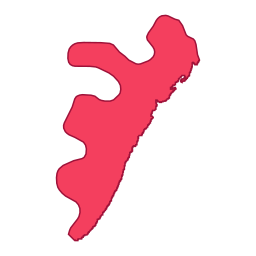 the district of Nigua, San Cristóbal, Dominican Republic
{"feature_id": "3306468B31162099816687", "entity_name": "Nigua", "entity_type": "district", "adm_level": 2, "iso_a3": "DOM", "parent_name": "Dominican Republic", "parent_adm1": "San Cristóbal", "projection": "mercator", "projection_center": [-70.067, 18.358], "detail": "fine", "context": "isolated", "style": "filled", "palette": "rose", "viewbox_px": 256, "rotation_deg": 0, "n_neighbors": 0, "source": "geoboundaries", "source_scale": "gbopen_adm2", "svg_char_len": 5807}
<svg xmlns="http://www.w3.org/2000/svg" viewBox="0 0 256 256"><path d="M178.8,20.3L174.9,19.2L168.2,16.0L165.8,15.4L161.8,15.8L159.6,16.9L157.7,18.6L156.2,20.6L153.2,26.3L148.5,32.8L146.9,36.3L146.8,37.5L147.4,39.9L152.9,46.9L154.2,49.3L154.7,51.9L154.3,54.6L153.2,56.8L150.5,59.5L148.3,60.9L140.5,63.9L138.2,64.2L135.9,63.8L128.8,60.1L124.9,56.3L119.4,52.1L113.4,45.0L109.8,43.4L100.9,42.7L83.7,42.5L77.7,42.9L74.8,43.8L72.6,45.1L70.7,46.9L69.2,49.1L68.1,53.1L67.9,58.4L68.7,62.2L70.2,64.4L72.5,65.7L75.1,66.2L89.8,66.3L95.7,66.9L98.3,67.8L108.9,72.9L113.6,76.2L118.5,81.6L120.4,85.4L120.8,89.4L120.1,93.1L118.8,95.0L113.6,99.9L110.1,101.1L105.0,101.1L101.3,100.4L99.1,99.5L94.9,96.2L91.0,95.2L82.4,94.7L79.7,95.1L77.2,96.1L76.1,96.9L74.8,98.9L72.2,107.1L64.3,123.0L63.6,125.4L63.7,128.1L65.3,131.6L67.1,133.4L69.1,134.8L75.0,137.4L83.5,142.1L85.6,145.2L86.4,148.9L86.0,154.0L84.2,157.3L82.1,158.6L73.7,160.7L63.2,165.4L59.3,168.7L57.9,170.9L57.0,173.5L56.5,177.7L56.8,183.3L57.9,187.4L59.4,189.9L62.2,193.2L65.5,196.0L75.9,201.8L78.4,204.7L79.9,208.4L80.0,212.5L79.0,216.5L77.6,219.0L70.7,227.9L69.6,230.4L68.5,234.3L74.3,240.1L75.1,240.1L75.1,240.6L77.8,240.6L77.8,239.5L78.3,239.5L78.3,238.9L81.6,238.9L81.6,237.8L82.1,237.8L82.1,237.2L83.2,237.2L83.2,236.1L83.7,236.1L83.7,235.5L84.8,235.5L84.8,234.9L87.0,234.9L87.5,233.8L88.1,233.8L88.1,232.6L88.6,232.6L88.6,232.1L89.2,232.1L89.2,231.5L90.2,230.9L90.2,230.4L90.8,230.4L91.3,229.2L91.9,229.2L91.9,228.6L92.4,228.6L92.4,228.1L92.9,228.1L92.9,226.9L93.5,226.9L93.5,226.4L94.6,226.4L94.6,225.8L95.1,225.8L95.1,225.2L95.7,225.2L95.7,223.5L96.2,223.5L96.2,222.9L96.7,222.9L96.7,221.8L97.3,221.8L97.3,219.5L98.4,219.5L98.4,218.9L99.5,218.9L99.5,218.4L100.0,218.4L100.0,217.2L100.5,217.2L100.5,216.1L101.1,216.1L101.6,214.9L102.7,214.9L102.7,212.6L103.3,212.6L103.3,212.1L103.8,212.1L103.8,211.5L104.3,211.5L104.9,210.4L105.4,210.4L105.4,209.2L106.0,209.2L106.0,208.7L106.5,208.7L106.5,207.5L107.0,207.5L107.0,206.4L107.6,206.4L107.6,205.8L108.1,205.8L108.1,205.2L108.7,205.2L108.7,204.6L109.2,204.6L109.2,203.5L109.8,203.5L109.8,201.8L110.3,201.8L110.3,201.2L110.8,201.2L110.8,200.7L111.4,200.7L111.4,198.4L111.9,198.4L111.9,197.2L112.5,197.2L112.5,196.1L113.0,196.1L113.0,195.5L113.6,195.5L113.6,193.8L114.1,193.8L114.1,192.7L114.6,192.7L114.6,191.5L115.2,191.5L115.2,190.9L115.7,190.9L115.7,190.4L116.3,190.4L116.3,189.8L116.8,189.8L116.8,188.1L117.4,188.1L117.4,186.9L117.9,186.9L117.9,185.8L118.4,185.8L118.4,184.1L119.0,184.1L119.0,182.4L119.5,182.4L119.5,181.2L120.1,181.2L120.1,180.7L120.6,180.7L120.6,179.5L121.2,179.5L121.2,178.9L121.7,178.9L121.7,176.1L122.2,176.1L122.2,174.9L122.8,174.9L122.8,172.1L123.3,172.1L123.3,169.8L123.9,169.8L123.9,169.2L124.4,169.2L124.4,165.8L125.0,165.8L125.0,162.9L125.5,162.9L125.5,161.8L126.0,161.8L126.0,161.2L126.6,161.2L127.1,160.1L127.7,160.1L127.7,158.9L128.2,158.9L128.2,157.8L128.7,157.8L128.7,157.2L129.3,157.2L129.3,154.9L129.8,154.9L129.8,152.7L130.4,152.7L130.4,152.1L131.4,152.1L131.4,151.5L132.0,151.5L132.0,150.9L132.5,150.9L132.5,150.4L132.0,150.4L132.0,149.8L132.5,149.8L132.5,149.2L132.0,149.2L132.0,148.1L132.5,148.1L132.5,146.9L133.1,146.9L133.1,146.4L133.6,146.4L133.6,145.8L134.2,145.8L134.2,146.4L135.2,146.4L135.2,145.8L135.8,145.8L135.8,144.7L136.9,144.7L136.9,141.8L137.4,141.8L137.4,140.7L138.0,140.7L138.0,138.4L138.5,138.4L138.5,137.8L138.0,137.8L138.0,136.7L138.5,136.7L139.0,135.5L141.8,135.5L141.8,134.4L142.3,134.4L142.3,133.2L142.8,133.2L142.8,132.7L143.4,132.7L143.4,131.5L143.9,131.5L143.9,129.8L144.5,129.8L144.5,129.2L145.0,129.2L145.0,128.7L146.1,128.7L146.1,128.1L146.6,128.1L147.2,126.9L147.7,126.9L147.7,125.2L148.3,125.2L148.3,124.7L148.8,124.7L148.8,124.1L149.4,124.1L149.9,122.9L150.4,122.9L150.4,121.2L151.0,121.2L151.0,119.5L151.5,119.5L151.5,118.9L152.1,118.9L152.6,117.8L153.2,117.8L153.2,117.2L152.6,117.2L152.1,116.1L151.0,116.1L151.0,114.4L151.5,114.4L151.5,113.2L152.1,113.2L152.1,111.5L152.6,111.5L152.6,110.4L154.8,110.4L155.3,109.2L155.9,109.2L155.9,106.4L156.4,106.4L156.4,105.8L157.0,105.8L157.0,104.7L156.4,104.7L156.4,102.9L155.9,102.9L155.9,100.1L157.0,100.1L157.0,100.7L157.5,100.7L157.5,101.2L158.0,101.2L158.0,101.8L159.7,101.8L159.7,102.4L161.3,102.4L161.3,101.8L162.9,101.8L162.9,101.2L165.1,101.2L165.1,100.7L166.2,100.7L166.2,100.1L166.7,100.1L167.2,98.9L168.3,98.9L168.3,98.4L168.9,98.4L168.9,97.8L169.4,97.8L169.4,95.5L170.0,95.5L170.0,94.9L170.5,94.9L170.5,93.8L171.0,93.8L171.0,93.2L171.6,93.2L172.1,92.1L172.7,92.1L172.7,91.5L173.2,91.5L173.2,90.9L173.8,90.9L173.8,90.4L174.3,90.4L174.3,89.8L174.8,89.8L174.8,89.2L175.4,89.2L175.4,88.7L175.9,88.7L175.4,87.5L174.3,87.5L174.3,88.1L172.7,88.1L172.7,88.7L172.1,88.7L172.1,89.2L170.5,89.2L170.5,87.5L171.6,87.5L171.6,86.9L172.1,86.9L172.1,86.4L172.7,86.4L172.7,85.2L174.3,85.2L174.3,84.7L175.4,84.7L175.4,82.4L176.5,82.4L176.5,81.8L177.6,81.8L177.6,81.2L178.1,81.2L178.1,80.7L178.6,80.7L178.6,78.9L179.2,78.9L179.2,78.4L179.7,78.4L180.3,77.2L180.8,77.2L180.8,76.7L181.4,76.7L181.9,75.5L184.6,75.5L184.6,76.7L185.1,76.7L185.1,77.8L184.1,77.8L183.5,78.9L181.9,78.9L181.9,79.5L181.4,79.5L181.4,80.1L180.8,80.1L180.8,81.8L181.9,82.4L181.9,81.8L182.4,81.8L182.4,81.2L184.1,81.2L184.1,80.7L185.1,80.7L185.1,79.5L186.2,79.5L186.2,78.4L187.3,78.4L187.3,77.2L187.9,77.2L188.4,76.1L188.9,76.1L188.9,75.5L189.5,75.5L189.5,72.7L190.0,72.7L190.0,72.1L190.6,72.1L190.6,70.4L191.1,70.4L191.1,68.7L191.7,68.7L191.7,66.9L192.2,66.9L192.2,62.9L192.7,62.9L192.7,62.4L193.3,62.4L193.3,62.9L193.8,62.9L193.8,63.5L194.4,63.5L194.4,64.1L194.9,64.1L194.9,64.7L197.1,64.7L197.1,63.5L197.6,63.5L197.6,62.4L198.2,62.4L198.2,61.8L198.7,61.8L198.7,60.7L199.3,60.7L199.5,60.1L197.5,54.7L196.0,44.5L194.8,40.8L193.3,39.0L187.6,36.3L186.1,34.8L182.5,25.6L178.8,20.3Z" fill="#f43f5e" stroke="#9f1239" stroke-width="1.5"/></svg>